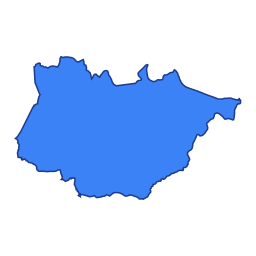 outline of Amixtlán, Puebla, Mexico
{"feature_id": "50627088B86414439934091", "entity_name": "Amixtlán", "entity_type": "district", "adm_level": 2, "iso_a3": "MEX", "parent_name": "Mexico", "parent_adm1": "Puebla", "projection": "mercator", "projection_center": [-97.796, 20.056], "detail": "fine", "context": "isolated", "style": "filled", "palette": "blue", "viewbox_px": 256, "rotation_deg": 0, "n_neighbors": 0, "source": "geoboundaries", "source_scale": "gbopen_adm2", "svg_char_len": 5701}
<svg xmlns="http://www.w3.org/2000/svg" viewBox="0 0 256 256"><path d="M89.9,196.8L94.6,195.7L96.2,197.4L97.1,197.6L98.1,197.5L98.8,197.2L100.5,197.1L101.7,196.9L102.2,196.3L104.0,196.3L104.9,196.0L106.6,194.8L108.1,195.2L109.7,196.0L113.4,192.9L116.1,192.5L119.5,192.9L120.7,193.4L121.5,193.9L122.3,193.9L123.0,194.6L124.2,195.5L125.3,196.0L126.1,196.1L127.8,195.8L129.2,195.1L130.7,195.1L132.3,195.2L133.2,195.7L134.5,196.3L135.8,196.5L136.8,196.9L137.7,197.5L138.8,198.1L139.1,198.9L140.6,199.0L142.0,198.7L142.6,198.9L143.0,199.2L143.6,199.1L144.0,198.7L145.4,198.0L145.9,197.5L146.7,197.3L147.3,197.0L148.3,195.7L148.6,194.9L149.5,193.3L150.6,192.4L150.7,192.0L150.7,190.6L150.2,189.8L150.2,189.2L150.4,188.8L151.4,187.9L151.5,186.8L153.0,186.0L153.0,184.4L153.8,184.4L155.5,183.8L156.9,181.8L158.3,181.4L158.5,181.2L160.1,181.2L160.8,181.0L161.1,180.6L161.1,179.7L161.2,179.3L161.6,179.2L162.1,178.7L162.4,178.7L163.0,179.1L163.4,179.2L163.9,179.2L164.4,179.0L165.5,178.1L166.5,176.8L166.9,176.3L168.0,175.9L168.4,175.9L169.0,175.7L169.9,174.9L170.5,174.8L170.7,174.6L171.3,173.7L171.7,173.4L172.3,173.5L173.8,173.2L175.6,172.2L176.8,171.9L177.8,171.1L179.6,170.3L180.6,170.3L182.1,170.5L182.8,170.5L183.2,170.2L183.4,169.8L183.4,169.5L183.1,168.6L183.2,168.2L183.8,167.5L185.0,167.6L186.2,166.8L186.8,166.7L187.0,165.8L187.3,165.0L187.8,164.8L188.1,164.2L188.0,162.5L188.2,161.8L188.9,161.0L189.5,159.8L189.6,159.1L189.2,158.0L188.5,156.4L187.6,154.9L187.5,153.9L187.6,152.7L188.8,151.1L190.8,150.0L191.9,148.8L192.2,148.1L192.6,146.0L192.9,144.0L193.2,142.8L193.8,141.9L194.8,140.0L195.8,137.8L196.6,135.6L196.9,135.0L197.2,134.6L198.0,134.5L198.8,134.8L199.5,135.6L199.8,135.8L200.8,135.9L201.6,135.6L202.3,135.4L203.7,134.3L204.7,133.3L207.0,130.0L207.6,129.0L207.7,127.4L207.5,126.6L206.7,124.4L206.7,123.8L206.9,123.2L207.5,122.5L208.5,121.8L209.4,120.6L209.9,120.3L210.7,119.5L211.9,118.9L212.8,118.8L213.3,118.5L213.7,117.3L214.2,116.1L214.3,115.3L214.7,114.0L216.0,113.2L216.7,112.9L217.9,113.2L219.1,113.8L220.2,114.4L221.0,115.3L222.3,116.2L224.2,118.4L224.9,119.1L225.5,119.2L227.0,118.7L227.9,118.6L229.5,118.7L231.6,119.4L232.2,119.8L233.1,119.9L233.5,119.8L233.9,118.5L234.4,115.6L234.6,112.3L234.5,110.5L234.9,109.2L235.8,107.6L236.8,105.2L237.4,104.5L238.2,103.8L238.9,103.9L239.8,103.7L240.4,103.1L240.6,102.3L240.6,100.6L240.4,100.1L239.9,99.6L239.3,98.8L239.1,98.4L239.1,97.9L238.9,100.2L236.6,99.7L235.7,99.6L232.7,98.8L231.2,98.2L230.7,98.1L227.5,98.2L227.1,98.3L225.5,98.4L224.4,98.3L222.8,98.9L220.9,99.1L218.2,99.0L214.0,97.3L207.8,95.2L197.0,90.9L189.9,88.5L185.8,86.9L182.7,84.4L180.9,82.0L180.6,80.8L179.8,79.7L179.3,78.2L179.0,76.7L178.2,75.6L177.7,73.4L176.9,72.2L175.9,70.9L175.2,70.3L174.3,69.8L173.6,71.2L172.6,72.4L170.0,72.7L169.4,73.3L166.8,74.9L166.2,75.0L165.6,74.9L164.7,74.9L163.6,75.8L163.3,76.4L162.9,79.0L162.5,79.5L162.1,79.7L159.3,80.0L158.8,79.7L158.3,79.7L157.2,80.0L156.4,80.7L155.1,81.4L153.2,81.6L150.0,80.2L148.0,78.0L147.5,76.1L146.6,70.5L146.7,68.4L146.9,67.4L147.4,66.4L147.7,65.6L147.7,64.7L147.1,64.6L145.9,65.2L145.0,66.0L142.3,69.0L140.2,70.7L138.2,73.0L138.1,74.4L138.6,75.8L139.6,76.7L140.2,77.6L140.9,78.2L141.4,79.1L141.4,79.6L141.1,80.0L140.0,80.4L139.6,80.4L138.1,80.7L136.9,81.5L136.7,82.1L135.5,83.3L116.3,85.8L115.0,85.0L114.3,84.8L113.6,84.4L113.3,83.4L112.3,82.3L111.6,79.9L110.5,77.7L109.5,76.0L108.6,75.1L108.4,73.1L107.8,71.4L107.7,71.2L106.6,70.6L105.7,70.6L104.2,71.0L103.2,72.0L102.3,73.1L101.7,74.4L100.9,74.8L100.1,76.8L99.9,77.0L99.6,77.1L99.4,77.1L99.2,76.4L98.7,76.2L98.1,76.3L97.7,76.0L96.3,74.3L95.8,74.1L94.5,74.4L93.9,74.9L93.1,76.4L92.6,77.6L92.0,78.5L91.7,78.9L91.5,78.0L91.1,77.1L91.0,75.8L90.8,75.0L90.3,73.8L90.3,73.2L89.9,72.6L89.1,72.0L88.3,71.0L86.3,70.1L86.5,68.4L86.5,67.2L86.0,66.3L86.0,65.3L84.3,64.7L84.0,63.2L83.9,62.0L83.3,59.6L82.6,59.8L80.8,60.8L80.3,60.9L79.2,61.7L78.6,61.7L77.8,61.9L77.2,61.8L75.9,60.9L74.4,59.1L73.3,58.3L71.4,57.6L67.0,56.9L65.4,57.1L64.3,57.1L64.1,57.5L63.7,57.5L63.1,57.3L62.5,57.4L61.2,56.8L60.6,57.0L60.6,57.9L60.0,58.5L60.1,58.9L59.8,61.9L58.8,64.9L57.6,66.9L52.7,66.0L51.5,66.2L49.8,66.7L48.4,67.8L47.9,67.9L47.0,67.7L46.0,67.0L45.4,66.9L44.2,67.2L43.6,66.9L42.8,66.0L42.0,66.0L41.1,65.8L40.4,65.5L40.2,65.2L40.2,63.5L38.9,63.0L35.8,64.5L35.3,66.3L34.1,66.8L35.1,83.0L35.4,83.4L39.4,93.6L40.1,94.5L38.8,97.1L37.6,102.2L37.7,103.7L36.8,103.9L35.0,104.9L33.8,105.4L33.9,106.6L33.0,107.0L21.0,131.2L17.6,136.5L15.4,138.5L15.9,138.8L17.3,139.4L18.0,141.0L17.7,142.7L19.2,144.9L18.7,147.5L18.9,148.6L18.5,149.9L18.1,150.0L18.1,151.0L17.6,152.4L17.5,153.2L17.8,155.5L18.1,156.3L18.1,157.3L19.7,157.6L20.7,157.5L21.3,157.7L21.6,157.7L21.9,158.4L21.4,158.8L21.8,159.8L22.3,159.6L22.6,159.8L22.9,159.5L23.6,159.6L24.4,158.9L25.0,159.1L25.7,159.8L26.2,160.8L27.2,160.8L28.6,162.4L32.1,163.1L32.8,163.5L33.4,164.3L34.0,164.4L34.7,164.6L35.3,165.1L36.3,166.2L36.6,166.8L36.7,168.9L36.9,169.5L37.3,170.1L38.0,170.8L38.7,171.2L39.8,171.3L41.1,171.2L45.2,171.4L46.8,171.6L48.0,171.6L49.3,171.4L53.6,171.4L55.4,171.2L56.2,171.0L57.8,170.1L60.1,169.9L60.5,170.6L61.0,173.7L61.4,174.7L61.8,175.2L61.9,176.0L62.2,176.2L62.3,176.4L62.2,177.9L61.9,178.5L61.9,178.8L62.2,179.0L61.5,179.5L62.6,179.6L63.3,179.8L65.0,181.0L65.4,181.4L68.5,180.1L70.2,178.1L70.9,178.6L71.1,178.8L71.7,178.2L71.9,177.9L72.2,177.8L72.9,178.1L73.0,178.2L73.7,177.9L74.8,178.0L74.9,179.6L75.0,180.5L74.5,182.5L74.6,183.0L74.3,184.3L75.1,185.9L76.1,188.5L76.1,189.2L76.5,189.0L77.1,189.9L77.2,190.2L77.0,190.3L77.0,190.7L77.8,191.3L77.6,191.4L78.4,192.2L78.7,193.0L79.8,193.5L80.1,193.7L78.8,194.8L78.3,195.5L80.3,196.7L80.0,195.1L82.7,194.6L89.9,196.8Z" fill="#3b82f6" stroke="#1e3a8a" stroke-width="1.5"/></svg>